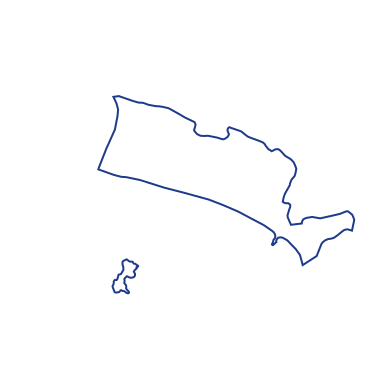 the district of Cua Lo, Nghệ An, Vietnam, rotated 146°
{"feature_id": "81297802B13550924224659", "entity_name": "Cua Lo", "entity_type": "district", "adm_level": 2, "iso_a3": "VNM", "parent_name": "Vietnam", "parent_adm1": "Nghệ An", "projection": "orthographic", "projection_center": [105.737, 18.789], "detail": "fine", "context": "isolated", "style": "outline", "palette": "blue", "viewbox_px": 384, "rotation_deg": 146, "n_neighbors": 0, "source": "geoboundaries", "source_scale": "gbopen_adm2", "svg_char_len": 2931}
<svg xmlns="http://www.w3.org/2000/svg" viewBox="0 0 384 384"><g transform="rotate(146 192 192)"><path d="M257.0,263.1L247.0,249.6L242.2,244.2L237.9,240.8L228.4,231.0L217.5,217.3L212.4,210.9L199.1,195.9L182.3,176.3L174.1,164.6L164.9,150.3L163.5,147.8L157.3,136.1L151.1,124.6L147.3,114.9L146.8,112.9L146.8,111.0L147.3,109.3L148.6,107.6L150.0,107.1L151.4,106.6L152.8,105.2L154.1,104.5L155.0,103.9L155.0,103.0L154.5,102.7L153.4,102.8L151.0,103.2L150.0,103.3L149.3,104.6L148.3,105.3L146.4,105.9L144.8,105.4L143.3,104.4L142.3,103.2L141.1,100.9L140.0,98.6L137.9,86.5L137.7,79.6L139.0,75.5L141.1,69.5L124.4,69.2L117.3,74.1L113.6,76.6L111.7,77.2L108.7,77.5L105.6,76.9L102.4,75.4L100.2,74.7L96.8,74.7L95.0,74.8L90.8,75.2L87.4,75.4L85.3,74.8L83.8,74.0L81.0,70.5L73.1,78.1L72.2,81.5L71.9,83.7L73.3,88.2L74.2,89.4L75.4,89.8L81.5,91.1L90.7,94.6L100.5,98.5L106.4,104.2L108.1,104.9L111.2,106.4L113.7,107.0L115.1,107.0L116.4,106.5L117.9,105.4L118.6,104.5L128.3,109.5L126.8,117.5L125.8,119.3L121.2,123.1L118.8,124.8L117.7,126.7L118.5,128.9L120.8,130.5L121.9,132.1L122.2,133.2L119.0,136.3L115.9,138.6L110.7,141.2L107.2,142.9L105.8,144.4L102.5,146.6L97.9,147.9L95.5,149.9L92.5,153.0L91.6,156.6L91.1,160.1L91.7,163.7L94.6,170.1L95.3,175.3L95.7,177.0L95.9,177.9L96.7,179.5L99.2,180.8L101.7,181.0L103.2,181.3L103.6,182.5L104.7,184.8L105.1,189.3L104.9,191.0L105.5,193.4L107.8,196.9L113.2,204.4L114.9,207.0L117.4,214.9L123.7,223.2L124.8,224.8L125.7,224.9L127.4,224.1L128.3,222.9L128.7,220.9L129.2,219.0L131.6,217.8L134.3,217.7L136.2,218.0L137.5,219.0L140.6,222.9L147.2,229.6L151.1,232.0L153.6,234.0L155.4,237.1L155.7,239.1L155.8,240.8L155.7,242.2L153.7,243.7L151.3,245.9L150.8,248.5L155.7,256.8L156.3,257.9L159.1,263.8L164.6,274.6L168.8,279.1L171.2,281.3L174.0,283.4L179.3,288.6L182.7,293.3L186.4,296.1L190.4,300.9L199.0,312.4L203.9,314.8L205.1,307.6L207.1,301.8L211.2,296.7L221.1,286.8L238.7,275.9L255.1,264.6L257.0,263.1ZM305.7,150.3L305.0,148.9L304.3,148.5L303.7,147.8L302.6,144.8L301.9,144.0L301.3,143.6L300.5,143.8L300.2,144.2L300.2,145.1L300.6,147.6L300.5,149.0L299.3,150.5L299.0,151.4L298.8,152.6L299.1,154.0L298.9,154.6L297.7,155.8L297.0,157.2L296.5,157.9L293.5,158.6L292.8,158.3L292.0,156.6L290.6,155.0L288.7,154.2L287.8,154.0L286.8,154.2L285.7,155.0L285.0,156.0L284.9,157.2L284.8,158.5L282.9,159.3L281.4,159.5L280.7,159.5L280.4,160.0L280.2,160.6L279.4,160.8L279.0,160.4L278.4,160.4L278.0,160.7L278.0,161.3L278.5,162.0L279.2,164.2L280.3,165.2L280.4,165.7L280.3,167.5L280.7,167.9L282.1,168.7L282.9,169.9L283.7,172.4L284.0,172.8L287.4,173.2L288.4,173.1L289.0,172.5L290.4,170.2L290.6,168.9L291.0,168.1L291.7,167.0L291.9,166.5L292.4,165.8L296.8,163.7L299.1,164.5L302.5,161.6L303.7,161.2L304.4,161.6L305.0,162.2L305.7,162.1L306.9,161.6L307.7,160.4L309.0,159.1L309.8,158.8L310.6,158.3L311.2,156.6L311.6,154.4L312.1,152.8L312.0,151.9L311.2,151.1L309.0,150.0L308.1,149.8L306.4,150.3L305.7,150.3Z" fill="none" stroke="#1e3a8a" stroke-width="2"/></g></svg>